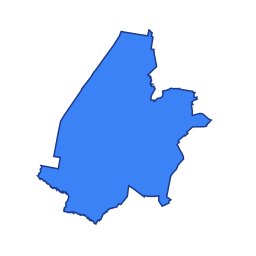 outline of South Cotabato, South Cotabato, Philippines, rotated 100°
{"feature_id": "2640588B59746130391756", "entity_name": "South Cotabato", "entity_type": "district", "adm_level": 2, "iso_a3": "PHL", "parent_name": "Philippines", "parent_adm1": "South Cotabato", "projection": "orthographic", "projection_center": [125.136, 6.312], "detail": "fine", "context": "isolated", "style": "filled", "palette": "blue", "viewbox_px": 256, "rotation_deg": 100, "n_neighbors": 0, "source": "geoboundaries", "source_scale": "gbopen_adm2", "svg_char_len": 5679}
<svg xmlns="http://www.w3.org/2000/svg" viewBox="0 0 256 256"><g transform="rotate(100 128 128)"><path d="M191.3,73.3L189.0,78.0L168.0,77.6L165.3,76.4L159.8,73.0L156.4,72.4L153.1,70.7L148.8,67.9L146.4,68.7L143.8,70.3L140.9,72.9L138.0,74.9L136.1,76.8L134.4,76.0L133.2,75.0L131.8,76.4L125.5,71.2L126.0,70.6L122.9,68.0L121.9,69.4L115.8,64.7L115.2,62.4L114.2,56.7L113.3,52.5L112.7,51.2L109.2,50.1L109.0,49.3L106.5,48.0L105.8,47.4L105.3,49.8L101.2,56.7L101.1,59.6L102.1,61.6L102.8,63.5L104.0,65.6L104.5,67.0L100.4,67.5L95.8,69.0L95.1,69.6L94.1,69.2L93.5,68.1L91.6,69.9L90.5,68.8L89.5,68.3L88.9,67.8L88.4,65.8L87.6,65.6L87.5,65.0L85.6,65.6L86.1,66.2L86.2,68.3L84.3,68.7L82.4,68.8L82.1,68.4L81.6,68.2L81.6,70.4L80.7,70.5L80.8,83.7L80.2,84.0L80.2,84.5L80.7,86.3L81.0,88.6L81.5,89.6L81.3,91.7L81.6,93.1L83.0,94.6L84.3,96.9L85.1,99.3L85.5,100.1L86.1,100.2L86.9,99.9L86.6,99.7L88.0,99.4L90.0,99.5L91.5,100.1L92.1,100.5L92.8,101.7L93.9,104.3L94.2,104.7L95.6,105.2L96.1,106.1L97.2,106.1L97.2,107.3L96.3,107.3L96.2,107.6L96.4,110.6L91.5,110.5L85.0,108.1L84.6,108.1L84.3,108.3L84.0,108.9L83.3,109.0L83.0,109.5L82.9,110.0L82.4,110.0L82.7,110.5L82.7,111.0L83.0,111.4L83.0,112.1L82.6,112.4L82.2,112.2L81.7,112.9L81.6,112.3L81.0,112.3L80.7,111.8L80.7,112.7L80.3,112.6L79.9,113.7L79.0,113.7L78.8,113.9L78.3,113.8L78.1,113.5L78.1,113.2L77.5,113.0L77.3,113.4L76.7,113.3L76.6,113.9L75.7,113.8L75.4,114.1L74.9,114.1L74.7,114.7L74.4,114.2L74.0,114.3L73.3,114.7L73.1,115.8L72.7,116.0L72.8,116.3L72.8,116.7L72.9,117.2L72.8,117.5L72.5,117.8L62.5,110.5L50.8,114.9L46.0,116.2L46.1,116.8L46.7,117.8L46.2,118.1L46.0,119.0L34.2,119.2L33.8,119.9L33.9,120.8L30.0,120.8L29.6,121.4L29.7,122.0L29.3,122.2L29.0,122.7L28.5,122.9L28.4,123.7L28.0,123.8L27.8,124.4L33.9,124.6L34.2,148.2L34.1,151.5L38.8,152.4L48.8,156.5L76.7,170.0L79.2,171.5L84.6,173.5L97.3,180.3L98.8,180.5L100.1,181.0L125.9,192.7L132.9,195.5L145.7,195.9L168.9,196.1L168.8,189.6L180.3,189.5L180.1,207.2L181.5,206.1L182.7,206.4L183.9,207.3L184.7,206.8L186.1,206.4L187.1,206.7L187.4,207.1L188.1,207.8L188.9,208.0L189.9,207.8L190.8,208.3L190.9,208.6L191.2,208.0L192.8,206.5L192.8,206.2L193.2,206.1L193.0,205.9L193.3,205.2L193.2,205.0L193.3,205.0L193.2,204.9L193.2,203.5L193.6,203.1L193.5,202.9L193.7,203.1L194.7,202.1L194.9,201.3L194.6,200.6L194.9,200.3L195.1,200.5L194.8,200.2L195.1,199.9L195.0,200.1L195.2,199.8L195.4,199.9L195.2,199.7L195.3,199.5L196.0,199.1L196.6,198.3L196.6,197.8L196.8,197.9L196.5,197.7L196.9,197.8L196.7,197.7L196.9,197.6L197.1,197.3L196.9,197.2L197.0,196.7L197.3,196.8L197.0,196.7L197.2,195.7L198.0,194.9L198.6,194.6L198.6,194.4L199.5,194.0L199.4,193.8L199.5,193.6L199.2,193.5L199.5,193.5L199.3,193.4L199.5,193.4L199.5,193.0L199.8,192.7L199.6,192.7L199.9,192.3L199.9,191.8L200.0,191.8L200.0,192.2L200.2,191.6L199.8,190.9L200.2,190.8L200.1,190.7L199.8,190.8L199.8,190.6L200.0,190.5L200.0,190.4L199.8,190.5L199.7,190.3L199.9,190.3L199.7,190.0L199.8,189.5L199.7,188.9L199.9,188.9L199.9,188.7L200.1,188.8L200.0,188.7L200.3,188.8L200.1,188.6L200.9,187.9L200.9,187.7L200.6,187.6L201.0,187.5L200.6,187.5L200.6,187.3L200.7,187.1L201.0,187.1L200.7,186.9L201.1,187.0L200.8,186.8L201.1,186.9L201.2,186.7L201.2,186.4L200.9,186.2L201.0,186.1L201.3,186.2L201.2,186.1L201.3,186.1L201.0,186.0L201.4,186.0L201.2,185.9L201.4,185.7L201.5,185.5L201.2,185.4L201.4,185.4L201.3,185.1L201.5,185.1L201.4,184.9L201.9,184.7L202.1,184.3L202.1,184.1L202.1,183.9L202.8,183.5L202.6,183.2L202.7,182.9L202.1,182.1L202.3,182.0L202.1,182.0L202.1,181.8L202.1,181.6L202.2,181.4L202.6,181.5L202.4,181.3L202.4,181.1L202.7,181.3L202.8,181.2L202.4,180.7L202.7,180.7L202.7,180.8L202.8,180.9L203.0,180.5L202.7,180.4L203.1,180.3L203.0,180.1L202.8,180.1L202.6,180.1L202.6,179.9L202.5,180.0L202.4,179.7L202.2,179.8L202.6,179.3L202.2,179.6L202.3,179.5L202.3,179.3L202.1,179.0L202.3,178.8L202.1,178.8L202.3,178.6L202.0,178.6L202.0,178.3L202.2,178.2L202.2,177.7L203.7,177.0L203.2,176.5L203.3,176.3L204.9,174.9L205.8,174.5L206.7,174.4L210.4,175.0L211.5,175.9L212.8,176.2L214.0,175.9L214.3,175.7L214.7,175.8L215.1,175.5L216.0,175.5L216.1,175.3L216.4,175.5L216.6,176.0L217.2,176.2L217.6,176.8L219.0,176.7L219.1,176.8L219.2,176.6L219.8,176.5L220.2,176.8L220.3,177.3L220.3,177.1L220.8,176.9L221.3,176.3L221.4,175.2L221.1,174.2L221.7,172.3L221.5,171.6L220.9,171.1L220.8,170.8L221.4,170.3L221.5,170.0L221.3,169.8L220.8,169.7L220.7,169.4L220.9,169.1L220.2,167.7L220.4,167.5L221.6,167.2L221.7,166.9L221.6,166.6L220.3,166.7L220.1,166.3L220.5,165.5L220.6,163.8L220.9,163.4L220.9,162.7L221.6,162.1L221.3,161.2L222.2,159.7L222.0,159.4L221.3,159.4L221.3,158.7L221.8,157.1L221.6,156.8L220.9,156.6L220.8,156.1L220.9,155.9L222.0,155.1L222.0,154.1L222.3,153.7L223.1,152.8L223.7,152.7L223.3,151.4L224.3,151.5L224.3,150.3L225.3,150.0L225.8,149.3L225.7,149.1L225.0,149.1L224.6,148.6L224.6,148.3L225.1,148.2L226.0,147.1L225.7,146.7L225.7,146.0L227.0,145.0L227.8,144.8L227.7,144.0L228.2,143.4L228.1,142.9L226.7,142.8L226.3,142.2L225.2,142.3L224.4,142.0L224.6,141.7L224.4,141.3L224.4,140.5L223.9,140.7L224.0,140.0L223.3,140.0L223.4,139.6L223.0,139.2L223.0,138.9L216.7,137.4L216.7,136.9L216.3,136.8L216.4,136.5L216.3,136.3L216.1,136.4L216.0,136.0L215.4,135.9L215.4,135.7L215.0,135.3L214.3,135.1L214.5,134.9L214.2,134.6L214.4,134.6L214.3,134.3L213.8,134.6L213.5,134.5L213.4,134.3L212.7,133.9L212.9,133.7L212.5,133.5L212.1,133.6L211.4,132.5L210.6,132.3L210.7,132.1L210.7,131.9L210.1,131.4L210.2,131.2L210.0,129.9L209.2,129.2L209.3,129.0L209.1,128.8L208.4,126.7L207.6,125.2L204.3,124.0L204.6,121.8L195.6,116.8L184.7,117.3L186.7,112.5L193.0,100.1L191.8,99.9L191.9,96.4L190.8,90.5L189.6,85.8L194.3,85.1L199.1,80.8L194.8,74.6L193.0,75.1L191.3,73.3Z" fill="#3b82f6" stroke="#1e3a8a" stroke-width="1.5"/></g></svg>